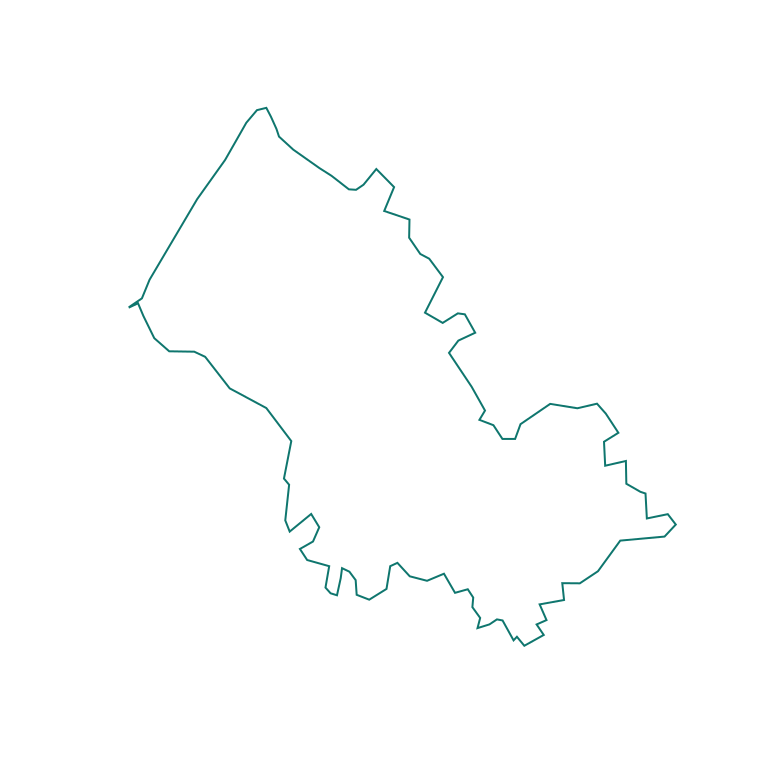 outline of Urgut, Samarkand, Uzbekistan, rotated 235°
{"feature_id": "79887680B70899429425762", "entity_name": "Urgut", "entity_type": "district", "adm_level": 2, "iso_a3": "UZB", "parent_name": "Uzbekistan", "parent_adm1": "Samarkand", "projection": "equal_earth", "projection_center": [67.137, 39.37], "detail": "fine", "context": "isolated", "style": "outline", "palette": "teal", "viewbox_px": 768, "rotation_deg": 235, "n_neighbors": 0, "source": "geoboundaries", "source_scale": "gbopen_adm2", "svg_char_len": 1504}
<svg xmlns="http://www.w3.org/2000/svg" viewBox="0 0 768 768"><g transform="rotate(235 384 384)"><path d="M564.5,501.0L559.0,481.5L559.1,472.5L563.6,466.9L584.7,460.4L598.0,454.9L628.0,444.1L646.9,439.9L654.6,442.2L667.8,444.7L677.7,446.0L681.2,437.0L677.0,421.1L668.0,402.1L658.7,382.4L642.6,337.0L603.9,251.8L593.0,234.8L593.2,219.7L592.8,219.6L591.2,228.8L577.6,225.9L553.3,222.1L534.0,226.8L519.3,247.1L508.8,253.1L468.9,255.1L431.8,273.8L390.4,275.3L363.9,247.8L355.9,248.5L328.9,224.9L317.2,222.1L319.3,249.8L303.8,248.8L295.7,235.5L297.1,220.5L283.9,220.1L266.2,234.6L250.8,219.3L243.2,220.2L237.9,224.3L249.8,237.2L257.2,244.0L250.1,248.0L239.6,248.3L227.0,240.7L215.8,248.2L214.7,268.5L231.2,284.6L229.8,292.4L211.7,294.8L198.1,306.4L194.2,324.3L172.2,322.4L167.8,334.9L157.9,334.6L150.5,328.4L137.2,328.6L130.4,320.6L126.6,332.5L126.4,341.5L122.3,345.5L99.7,343.1L100.7,347.9L89.1,348.8L86.8,370.9L99.5,371.1L97.4,381.7L114.2,385.1L103.8,407.6L118.6,415.8L108.4,430.1L107.9,451.9L120.2,487.7L98.1,526.3L101.5,542.4L114.6,541.8L123.1,522.2L144.3,535.4L148.6,532.2L163.3,525.3L182.2,538.0L190.2,518.3L210.5,531.1L209.6,548.0L232.5,548.7L245.7,547.2L253.2,528.5L272.4,508.7L272.8,472.8L263.8,459.9L271.1,449.5L287.5,450.0L299.9,441.6L304.3,451.5L331.4,454.2L372.2,455.1L376.9,469.8L373.7,488.1L394.7,490.2L399.5,485.0L400.4,467.1L418.9,458.5L437.7,493.6L460.7,492.9L469.7,488.3L489.4,488.5L504.1,499.2L525.6,483.4L539.5,505.2L564.5,501.0Z" fill="none" stroke="#0f766e" stroke-width="2"/></g></svg>